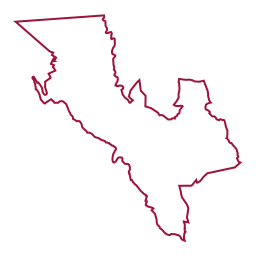 the district of Tomatlán, Veracruz, Mexico
{"feature_id": "50627088B86520659550997", "entity_name": "Tomatlán", "entity_type": "district", "adm_level": 2, "iso_a3": "MEX", "parent_name": "Mexico", "parent_adm1": "Veracruz", "projection": "mercator", "projection_center": [-96.998, 19.019], "detail": "fine", "context": "isolated", "style": "outline", "palette": "rose", "viewbox_px": 256, "rotation_deg": 0, "n_neighbors": 0, "source": "geoboundaries", "source_scale": "gbopen_adm2", "svg_char_len": 5808}
<svg xmlns="http://www.w3.org/2000/svg" viewBox="0 0 256 256"><path d="M240.4,162.6L239.1,162.2L238.5,161.5L237.7,159.9L237.0,158.1L238.3,156.9L238.3,156.5L237.5,155.0L237.7,153.0L237.0,151.3L236.9,150.4L236.4,149.0L235.3,147.8L234.8,147.1L233.3,145.6L231.4,143.0L230.4,142.9L229.6,142.6L229.3,142.1L228.7,140.5L227.1,138.4L226.5,138.2L226.9,137.5L227.3,136.4L227.4,130.5L225.8,126.5L225.2,123.0L224.3,120.4L223.8,120.0L223.3,119.9L222.5,120.0L220.5,119.2L219.9,119.4L219.2,120.2L218.8,120.1L216.5,119.3L216.3,118.5L215.2,117.1L214.4,116.5L212.3,116.4L211.4,115.5L210.5,114.4L209.7,113.7L209.3,113.2L209.9,112.1L209.8,111.8L207.7,110.1L207.0,109.8L206.1,109.6L205.8,109.2L205.5,108.6L205.4,107.8L205.9,104.9L206.8,104.1L207.5,103.6L209.4,102.9L210.7,102.6L210.0,101.8L209.2,100.1L208.5,97.6L208.0,95.6L208.2,94.7L207.7,91.1L203.8,80.7L200.9,81.4L198.9,81.7L194.4,81.4L192.1,80.1L191.4,80.1L189.7,79.6L186.2,79.8L183.9,79.6L181.7,79.3L179.1,78.9L178.6,82.3L179.0,82.6L179.5,88.8L179.2,90.9L178.5,94.3L178.7,97.5L176.9,100.8L173.8,104.8L175.3,105.8L176.9,106.1L180.3,105.8L182.2,105.8L182.5,106.1L182.6,106.6L181.0,108.3L179.7,110.5L179.4,113.1L178.9,113.6L178.0,113.9L177.5,114.3L177.2,115.7L176.6,116.2L175.2,116.8L174.9,118.5L173.5,118.2L172.1,118.4L171.4,119.3L170.2,119.4L168.2,119.5L163.0,115.4L161.2,115.1L160.4,115.1L159.6,115.3L157.8,112.6L151.0,108.1L145.4,106.4L145.6,95.8L140.8,90.7L139.4,80.1L137.5,81.8L136.1,83.4L130.5,90.6L128.9,96.4L129.9,97.8L131.7,99.4L132.9,100.3L130.0,102.8L129.1,102.1L128.6,101.0L127.9,99.9L126.5,98.7L125.5,98.2L122.9,94.9L122.5,94.0L122.5,93.6L122.2,92.6L121.6,90.8L121.4,89.8L122.4,89.2L123.0,88.7L123.3,87.9L123.2,87.1L122.7,86.5L121.8,85.8L120.7,85.6L119.5,85.5L118.2,86.1L116.7,86.0L116.0,85.3L115.5,85.4L115.5,84.8L115.9,84.3L116.4,83.1L117.0,82.2L117.6,80.7L117.8,79.5L117.7,78.5L117.7,77.8L117.6,77.4L117.2,77.1L116.1,76.7L115.3,76.1L115.0,75.8L114.6,75.6L114.4,75.3L114.5,74.3L115.1,73.7L115.3,73.1L115.5,72.2L115.2,71.7L115.0,71.0L114.2,70.1L113.8,69.6L114.3,68.2L114.1,67.1L113.4,64.1L113.5,62.6L113.2,60.9L113.2,59.5L113.3,58.6L114.0,57.7L114.9,56.6L115.2,56.3L115.3,55.6L115.0,55.2L114.5,54.9L113.6,54.5L113.1,54.4L112.9,54.1L112.2,53.6L112.0,52.2L112.0,51.3L112.3,49.9L113.1,47.9L114.1,46.5L114.6,45.5L114.8,44.5L114.9,43.6L114.7,42.3L114.8,39.9L114.5,38.6L113.8,38.3L112.5,38.7L111.9,39.1L111.2,38.8L111.1,37.6L111.4,36.8L111.2,35.9L111.3,34.9L111.4,34.5L111.7,34.4L111.8,33.5L111.7,33.2L111.2,32.1L110.4,32.2L108.9,32.5L108.4,32.8L107.2,33.2L106.2,33.0L105.8,32.7L105.9,32.0L106.5,31.1L106.9,30.4L107.1,29.3L107.0,28.6L105.5,25.6L105.5,21.7L104.9,20.8L103.5,20.5L102.7,19.6L102.7,19.2L103.2,18.4L103.7,18.1L104.2,17.5L104.2,16.7L104.0,15.4L15.6,21.7L49.7,51.4L53.2,52.6L51.9,55.0L56.1,57.6L55.1,59.4L53.6,58.6L52.6,60.3L53.7,60.7L54.3,61.1L52.2,61.2L50.9,63.8L54.0,65.2L52.8,67.0L53.4,67.6L54.3,68.5L54.5,69.1L55.3,70.6L48.6,73.7L49.4,75.1L50.6,77.8L45.1,81.7L45.3,83.7L45.0,86.9L45.6,89.0L46.7,92.3L46.9,93.2L46.7,93.9L46.2,94.5L45.6,94.8L44.4,94.6L43.7,93.8L42.7,92.0L42.1,88.4L41.7,87.4L40.1,84.8L38.5,82.8L38.3,82.5L37.4,82.9L33.9,77.0L33.7,76.7L32.9,76.9L32.4,77.7L32.6,78.4L33.7,79.9L34.2,80.8L34.3,82.0L35.1,83.7L35.7,87.5L35.8,88.2L35.7,89.2L36.6,89.8L37.2,90.3L38.5,92.3L38.7,92.9L39.1,93.7L39.8,95.4L39.9,96.6L40.4,97.6L40.7,99.3L41.5,100.4L41.9,100.6L42.7,101.7L44.1,103.3L44.9,103.5L46.5,102.1L48.2,101.1L50.0,99.9L50.8,99.4L51.4,99.3L53.0,101.2L53.5,101.2L54.3,102.7L55.1,102.9L56.0,102.7L58.0,102.8L59.1,101.9L60.2,101.2L61.7,101.1L63.2,101.5L64.8,103.0L65.8,103.7L66.5,104.6L66.9,106.0L67.2,106.8L67.6,107.2L68.9,111.0L70.1,113.2L70.6,114.3L70.9,114.9L71.7,115.5L72.5,116.3L72.8,116.9L73.0,118.9L73.4,119.2L74.7,119.7L76.5,121.1L79.2,121.1L79.8,121.5L80.9,122.9L81.4,123.9L81.8,124.9L81.9,125.9L82.3,127.1L82.9,127.9L85.0,129.9L86.0,130.6L86.9,131.8L87.3,132.7L88.1,132.7L89.5,132.6L90.6,133.2L91.7,133.8L92.5,134.4L93.3,135.4L94.0,136.2L95.0,137.1L96.2,137.5L98.4,138.0L101.3,139.9L103.3,140.5L104.8,141.0L105.9,142.5L107.4,142.5L108.7,143.3L109.4,143.2L110.0,144.1L110.6,144.6L111.1,144.6L112.2,145.7L113.2,145.7L114.4,146.9L115.0,147.1L115.7,147.7L116.0,148.5L116.0,149.4L115.2,150.3L114.6,151.4L114.3,152.3L113.8,153.0L113.3,154.1L113.0,155.0L112.7,157.1L112.5,157.8L112.5,159.9L112.6,160.9L113.3,162.3L114.1,162.5L114.7,162.2L115.8,161.5L117.0,159.5L117.2,158.9L117.8,158.2L118.1,158.0L118.5,157.7L118.9,157.5L119.8,157.4L121.8,157.5L122.5,158.4L122.2,160.8L124.9,163.8L128.0,164.0L129.1,164.8L130.0,167.6L129.8,169.9L128.8,171.5L129.0,173.5L129.6,173.5L129.9,175.9L130.8,180.1L132.1,180.2L132.8,181.8L134.8,184.1L136.5,185.5L140.6,190.8L141.2,191.3L143.6,193.5L144.9,194.6L145.7,194.8L146.2,196.4L146.9,196.4L146.3,198.4L145.5,200.3L145.6,201.3L146.8,201.3L146.8,202.1L146.5,202.9L145.7,204.4L146.1,205.4L147.9,206.5L152.6,207.9L153.4,208.5L151.6,210.2L152.6,211.3L154.1,212.8L154.8,213.6L155.2,214.5L155.7,216.4L155.9,217.3L156.6,219.4L156.6,221.0L157.0,223.8L157.5,224.7L158.2,225.5L158.7,226.0L159.5,226.6L159.9,228.1L160.8,228.8L161.4,229.1L163.7,231.6L164.5,232.6L165.4,233.2L166.5,234.2L169.0,235.0L170.0,235.1L170.7,234.3L171.4,234.0L172.7,234.1L175.0,234.2L176.0,234.5L177.3,235.1L178.5,235.2L179.4,235.7L180.1,236.4L180.7,237.3L181.1,238.4L181.8,239.3L182.9,240.0L184.7,240.6L184.1,238.9L183.9,237.6L184.0,236.1L184.3,235.0L184.2,233.5L185.3,232.5L185.5,231.5L184.9,231.3L184.8,230.4L184.5,229.6L184.6,228.9L185.1,228.3L184.6,227.2L184.8,226.7L184.7,223.8L183.9,222.4L183.8,221.5L186.6,222.1L188.0,222.3L188.4,222.4L187.0,217.6L187.0,216.9L187.6,213.4L188.3,208.5L187.6,206.1L186.8,204.3L182.1,197.5L181.8,196.9L181.5,195.6L180.7,191.3L179.3,185.8L191.4,185.7L192.7,184.4L196.2,180.0L196.5,181.1L197.1,182.7L200.0,181.3L203.7,176.7L207.3,173.3L234.8,167.4L240.4,162.6Z" fill="none" stroke="#9f1239" stroke-width="2"/></svg>